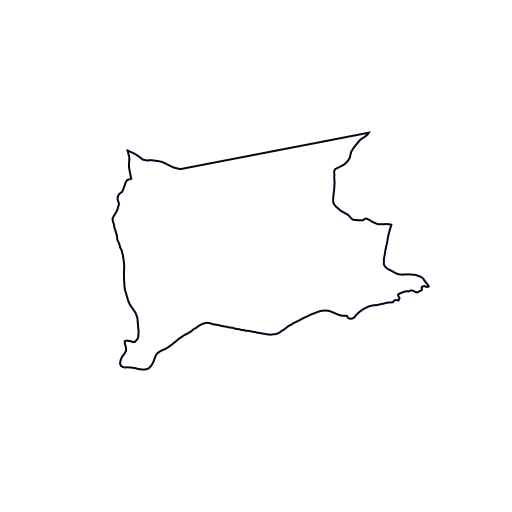 outline of Cidade De Lichinga, Niassa, Mozambique, rotated 301°
{"feature_id": "85939544B62365198391986", "entity_name": "Cidade De Lichinga", "entity_type": "district", "adm_level": 2, "iso_a3": "MOZ", "parent_name": "Mozambique", "parent_adm1": "Niassa", "projection": "natural_earth1", "projection_center": [35.229, -13.307], "detail": "fine", "context": "isolated", "style": "outline", "palette": "ink", "viewbox_px": 512, "rotation_deg": 301, "n_neighbors": 0, "source": "geoboundaries", "source_scale": "gbopen_adm2", "svg_char_len": 4775}
<svg xmlns="http://www.w3.org/2000/svg" viewBox="0 0 512 512"><g transform="rotate(301 256 256)"><path d="M263.7,104.0L257.9,109.3L254.6,106.3L253.1,106.5L251.2,106.5L249.5,106.9L247.6,107.3L245.7,107.7L243.8,108.0L242.0,108.2L240.1,107.3L238.0,106.7L236.3,107.0L234.4,107.4L232.6,108.8L230.9,111.0L229.3,112.1L227.4,112.4L225.4,113.1L223.4,113.4L221.8,113.6L220.1,113.5L218.3,113.5L216.8,113.5L215.2,113.6L213.5,114.1L212.4,115.2L210.6,117.1L209.6,118.2L208.1,119.4L206.5,121.0L205.1,122.8L203.5,124.5L202.2,125.9L200.6,127.2L198.5,128.7L197.4,130.4L196.2,132.2L195.0,133.6L193.4,135.1L192.2,137.0L191.4,138.3L189.8,139.6L188.5,141.2L186.9,142.4L185.5,143.7L183.6,145.2L182.0,146.4L180.2,147.7L178.4,148.9L176.7,149.7L174.8,150.8L173.0,151.9L171.0,153.0L169.3,154.2L167.2,155.4L165.3,156.9L163.3,158.1L161.3,159.7L159.7,160.9L158.2,162.6L156.4,164.5L155.2,165.8L154.0,167.2L152.3,168.9L150.9,170.7L149.4,172.9L148.4,174.9L147.7,176.8L146.6,178.9L145.9,180.7L144.8,182.6L143.7,184.0L142.3,185.7L140.5,187.2L138.8,188.4L137.0,189.7L135.4,190.9L133.3,192.3L131.4,193.9L129.3,195.0L127.4,196.1L125.5,196.8L123.7,197.2L122.0,196.8L119.9,196.4L118.7,194.7L118.6,192.9L117.7,190.8L116.9,188.8L115.3,187.4L113.5,188.6L112.1,190.0L111.0,191.3L109.0,192.8L107.4,193.5L105.4,193.5L103.6,193.5L101.8,193.2L99.9,193.2L97.7,193.4L95.8,194.1L93.6,194.9L92.3,196.9L92.2,198.7L92.8,200.9L94.1,202.6L95.1,204.5L96.4,207.1L97.1,209.1L97.8,210.4L98.1,212.0L98.7,213.9L99.8,216.2L100.8,218.3L102.4,220.3L104.2,221.8L105.9,222.2L107.7,222.7L109.3,222.7L111.1,222.8L113.4,222.4L115.3,222.0L117.0,221.7L118.9,221.4L120.6,221.4L122.6,221.8L124.3,222.6L125.7,223.3L128.2,225.2L130.0,226.4L131.6,227.2L133.5,228.1L135.6,229.0L137.4,229.8L139.2,230.3L140.8,231.1L142.4,231.5L143.7,232.0L145.0,232.4L146.9,233.3L148.8,234.2L150.6,234.9L152.5,236.1L154.5,237.4L156.1,238.2L157.5,239.0L159.5,239.7L161.7,240.5L163.9,241.9L165.9,242.6L167.7,243.5L169.7,244.7L171.5,246.2L173.2,247.9L174.3,250.3L174.9,252.0L175.3,254.2L176.2,256.3L177.0,258.3L177.7,260.2L178.3,262.2L179.0,264.4L180.0,266.6L180.6,268.7L181.4,270.8L182.4,272.8L182.7,274.6L183.4,276.9L184.5,279.1L185.1,281.6L186.3,283.8L186.5,285.4L188.1,288.3L188.8,290.5L189.5,292.5L190.5,294.7L190.8,296.5L191.8,298.5L192.5,300.4L193.3,302.7L194.1,304.6L195.0,306.9L196.1,309.1L197.7,311.1L199.1,313.0L200.7,314.4L202.4,315.5L204.5,316.4L206.1,317.1L207.6,318.0L209.2,318.7L211.4,319.4L213.2,320.2L215.5,321.7L217.6,322.6L219.7,324.0L221.7,325.3L223.5,326.4L225.5,327.7L227.3,328.6L229.2,330.0L231.1,331.4L232.7,332.3L234.5,333.5L236.2,334.9L238.0,336.3L240.1,337.9L241.9,339.5L242.9,340.7L243.9,341.8L245.1,343.9L246.2,345.9L246.8,347.9L247.1,349.8L247.4,351.6L247.7,354.0L248.0,356.2L248.3,358.0L249.1,360.5L250.1,362.2L251.4,364.6L250.5,366.8L250.4,367.0L250.6,368.8L251.8,370.6L254.1,372.0L256.2,372.1L259.2,372.8L262.0,373.7L265.2,375.1L268.2,376.9L270.7,378.5L272.6,380.3L274.9,382.9L276.5,385.4L278.3,387.0L280.6,389.6L283.1,392.0L284.4,393.6L285.4,395.1L286.1,396.1L286.4,396.3L286.8,397.1L288.3,397.3L289.7,397.8L290.7,399.3L291.2,401.0L293.7,400.8L294.4,399.6L295.4,398.2L296.0,397.7L296.6,397.6L297.4,398.5L298.7,398.9L299.7,400.0L301.1,400.9L302.5,402.3L303.4,403.3L303.9,404.4L304.4,405.3L306.0,406.2L306.8,407.3L307.1,408.9L307.4,411.8L307.8,412.9L310.1,414.4L311.2,415.2L312.1,415.6L312.6,415.6L313.8,414.5L315.0,414.1L316.9,415.6L317.1,417.4L317.8,418.8L318.6,419.7L318.5,420.4L319.6,418.4L320.3,416.6L321.2,414.3L321.9,412.5L322.7,411.1L323.0,409.3L322.9,406.9L322.3,404.5L322.0,402.5L320.8,400.3L319.8,397.9L318.3,395.4L316.8,393.0L315.4,391.1L314.3,388.9L313.5,386.6L313.2,384.2L313.1,381.7L313.1,379.5L312.8,377.3L312.9,374.8L313.2,372.7L313.9,371.1L314.9,369.7L317.0,368.6L318.7,367.5L320.4,366.8L322.2,366.1L324.1,365.4L326.1,364.6L328.0,363.7L329.7,363.4L331.2,362.5L333.1,362.2L335.0,361.4L336.9,360.8L338.5,360.0L340.6,359.3L342.5,358.7L344.2,358.1L352.5,355.9L351.7,353.4L349.9,350.3L349.7,350.0L348.8,349.0L348.3,347.8L347.8,346.9L346.9,345.7L346.3,344.5L345.9,343.3L345.7,341.9L345.5,340.4L345.3,339.0L345.2,337.2L345.3,335.3L345.2,333.0L344.9,331.2L343.7,330.0L342.4,329.6L341.4,328.9L341.1,328.4L340.7,327.6L339.5,325.5L337.1,320.7L337.2,318.5L338.7,313.9L338.4,305.6L339.5,299.2L340.2,297.1L341.6,294.7L345.2,292.4L354.0,288.4L359.6,285.4L363.9,282.4L366.2,281.3L367.8,279.9L369.6,279.2L371.3,279.2L379.0,284.0L380.8,284.8L384.6,285.7L388.6,285.8L394.2,283.9L399.7,284.0L408.7,285.4L410.4,285.9L414.3,287.9L417.7,289.1L419.8,289.2L291.4,146.3L289.4,139.7L288.3,127.3L286.9,123.0L286.1,121.6L285.4,119.5L283.5,115.6L282.0,114.0L280.4,109.5L281.0,103.4L281.1,99.1L280.4,92.4L280.3,91.6L279.6,92.2L278.0,93.9L275.5,96.4L272.8,98.1L269.8,99.5L266.7,101.4L263.7,104.0Z" fill="none" stroke="#020617" stroke-width="2"/></g></svg>